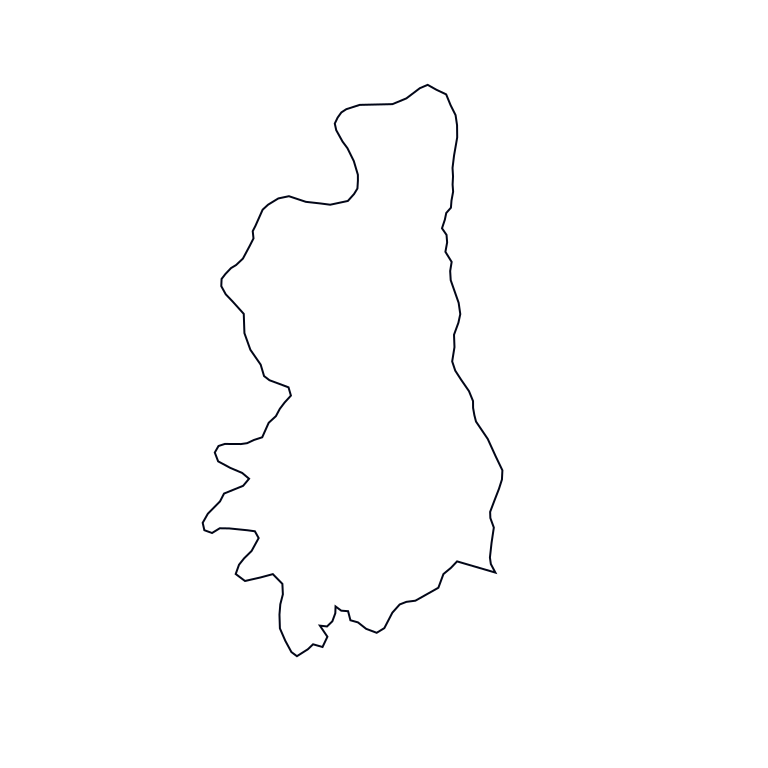 outline of Foz do Jordão, Paraná, Brazil, rotated 125°
{"feature_id": "56859067B25360435846322", "entity_name": "Foz do Jordão", "entity_type": "district", "adm_level": 2, "iso_a3": "BRA", "parent_name": "Brazil", "parent_adm1": "Paraná", "projection": "robinson", "projection_center": [-52.087, -25.692], "detail": "fine", "context": "isolated", "style": "outline", "palette": "ink", "viewbox_px": 768, "rotation_deg": 125, "n_neighbors": 0, "source": "geoboundaries", "source_scale": "gbopen_adm2", "svg_char_len": 2098}
<svg xmlns="http://www.w3.org/2000/svg" viewBox="0 0 768 768"><g transform="rotate(125 384 384)"><path d="M111.1,499.2L112.9,509.8L113.9,519.8L121.1,524.3L137.2,529.5L149.9,537.6L169.3,564.0L180.5,572.5L186.0,574.7L192.3,574.8L198.9,573.7L203.5,568.7L209.2,557.0L211.8,549.2L218.7,536.6L227.6,525.4L232.4,522.0L239.1,517.9L245.6,517.5L254.8,518.6L268.0,530.9L272.5,539.5L279.6,552.5L284.7,569.6L292.6,577.0L303.6,581.8L310.8,583.4L328.3,580.0L334.1,579.2L339.6,574.4L348.1,573.2L362.2,571.5L371.4,573.4L376.8,575.8L384.8,577.0L391.1,577.3L397.2,573.4L401.3,565.1L403.3,555.1L407.0,539.1L422.4,527.5L432.6,513.1L438.9,496.1L446.3,486.8L446.6,480.0L441.5,460.3L446.9,453.6L456.2,454.8L464.1,455.1L472.3,454.1L481.9,456.2L497.5,453.2L504.4,458.4L511.0,462.2L515.2,466.7L524.4,480.0L529.7,484.0L537.2,483.3L542.5,475.5L540.9,461.9L538.2,449.1L539.0,440.2L548.2,441.0L565.5,452.2L574.2,451.0L591.3,453.9L601.7,452.9L606.8,447.3L604.7,439.4L596.4,435.8L591.1,428.0L582.1,411.9L578.7,405.3L582.1,398.3L596.7,396.7L607.0,398.6L615.2,399.1L624.7,396.5L625.1,384.9L613.3,374.2L603.5,366.0L606.0,352.6L614.3,346.2L623.9,342.6L632.8,337.4L643.9,329.1L651.0,317.5L656.7,306.1L656.9,299.2L644.9,294.2L637.9,292.8L634.7,283.5L623.5,285.4L618.7,297.9L615.3,291.6L608.0,290.2L599.7,292.4L594.0,296.1L594.2,289.0L590.7,283.1L596.8,276.0L594.2,268.6L594.8,258.2L592.0,247.3L583.8,243.7L566.5,246.0L555.6,244.7L549.6,240.7L543.5,234.0L519.7,222.6L505.6,226.3L496.1,223.7L487.4,222.4L474.6,184.6L470.2,193.2L465.4,197.7L452.4,204.8L438.6,211.7L432.8,220.0L427.9,223.7L415.3,226.9L403.9,229.7L394.6,232.6L386.8,237.5L379.1,251.2L369.5,267.5L362.0,287.1L357.7,292.1L352.5,297.3L346.9,301.3L341.1,310.3L336.3,323.2L332.2,333.3L326.4,341.1L313.4,347.4L303.5,354.9L291.1,358.2L283.0,361.6L274.7,369.4L260.7,388.9L253.5,394.6L245.2,398.6L240.5,409.5L231.8,413.5L226.0,418.3L223.2,425.8L214.5,428.4L208.2,431.1L201.2,430.3L195.1,433.9L186.8,437.7L181.3,442.2L174.4,446.5L167.7,451.8L156.6,457.7L145.5,462.9L140.0,465.5L130.1,472.6L122.7,479.6L117.4,489.4L111.1,499.2Z" fill="none" stroke="#020617" stroke-width="2"/></g></svg>